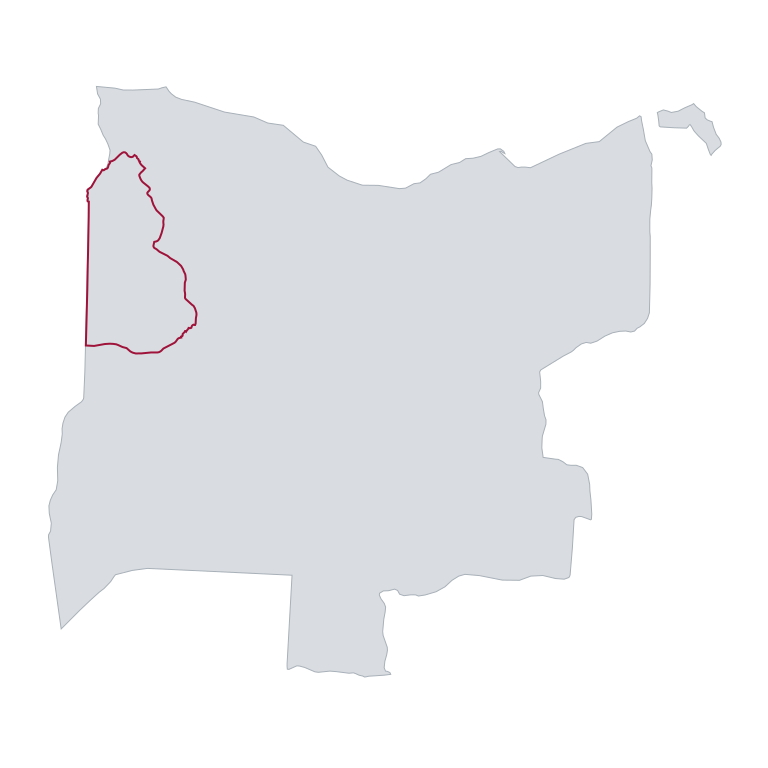 where Cunene sits in Angola, rotated 91°
{"feature_id": "AGO-1889", "entity_name": "Cunene", "entity_type": "Province", "adm_level": 1, "iso_a3": "AGO", "parent_name": "Angola", "parent_adm1": "", "projection": "orthographic", "projection_center": [15.075, -16.287], "detail": "fine", "context": "in_parent", "style": "outline", "palette": "rose", "viewbox_px": 768, "rotation_deg": 91, "n_neighbors": 0, "source": "natural_earth", "source_scale": "10m", "svg_char_len": 6387}
<svg xmlns="http://www.w3.org/2000/svg" viewBox="0 0 768 768"><g transform="rotate(91 384 384)"><path d="M674.2,372.2L675.1,378.6L675.9,387.6L676.4,394.0L677.1,396.9L677.3,398.4L676.4,400.0L675.6,403.8L674.1,407.2L673.3,409.5L673.8,413.9L672.4,426.7L672.0,433.1L673.4,444.5L673.0,448.0L668.8,458.3L667.5,463.5L667.3,466.2L671.0,474.1L670.8,475.7L667.6,476.0L665.1,476.0L576.8,472.6L572.8,606.1L572.5,617.4L574.8,632.6L579.4,649.2L581.4,650.7L586.4,653.9L593.4,660.4L597.2,665.2L605.1,673.6L615.6,684.3L634.5,702.5L568.2,713.0L542.9,716.8L540.6,716.7L536.9,714.8L528.9,714.2L519.3,716.4L511.7,716.9L506.1,715.6L500.7,713.3L495.5,709.9L486.3,708.5L473.1,709.1L460.5,708.2L448.3,705.8L439.6,704.8L434.3,705.1L428.7,704.3L422.7,702.4L417.7,699.2L411.8,692.5L407.1,686.2L405.9,685.3L404.4,684.3L403.0,684.0L376.7,683.3L216.6,682.2L198.0,683.4L196.6,683.1L194.3,682.4L192.7,681.0L187.5,677.5L182.9,674.8L176.6,670.4L172.6,665.4L169.2,663.9L163.1,663.0L158.6,662.2L154.9,662.0L148.5,664.4L143.7,666.8L140.2,669.1L134.2,671.7L129.2,674.3L120.3,674.1L118.4,674.5L113.5,674.4L108.8,672.2L104.1,672.5L99.0,675.4L91.5,676.7L92.9,658.1L94.6,649.9L94.5,640.1L93.0,614.7L91.7,611.2L90.7,607.1L95.3,603.9L97.7,601.5L100.8,597.3L103.0,591.3L105.5,578.3L114.9,548.2L119.3,518.8L125.1,504.8L127.1,489.2L143.5,468.9L147.5,456.5L156.0,450.4L168.2,443.8L176.8,432.3L180.9,424.3L185.6,409.1L185.5,393.2L188.4,372.0L187.8,365.9L183.2,357.5L182.3,351.5L178.0,345.6L173.5,341.2L171.3,333.2L163.4,320.7L161.2,312.3L157.3,306.3L156.7,298.9L154.7,291.0L150.8,283.3L147.0,274.5L146.9,271.7L149.3,268.3L151.5,267.2L150.7,268.9L149.3,270.9L149.6,272.5L164.3,256.8L165.3,253.7L164.7,250.3L164.7,246.2L165.2,241.3L151.1,212.8L139.9,186.4L137.9,173.0L123.1,155.5L117.3,144.1L113.9,136.1L111.4,133.1L112.3,131.6L116.1,131.1L124.6,129.2L136.1,127.0L146.8,122.2L149.6,120.2L155.3,119.7L161.1,120.9L163.2,120.0L164.4,119.9L178.0,119.8L183.6,119.4L194.0,119.5L200.6,119.8L204.4,120.3L214.5,121.1L227.2,120.9L231.7,120.4L248.3,120.1L279.4,119.7L295.6,119.8L308.1,119.9L313.7,121.6L318.9,124.8L321.2,127.7L322.3,129.0L323.9,132.0L326.7,134.4L327.7,138.2L326.8,143.2L327.2,149.3L328.8,156.4L332.2,163.9L337.4,171.8L339.6,178.0L338.9,182.6L340.5,187.4L344.3,192.6L347.1,195.3L348.7,197.4L353.0,205.3L367.1,227.4L369.2,228.6L372.3,228.2L378.8,227.4L385.4,227.3L390.0,229.3L391.8,229.0L398.9,225.3L405.8,224.3L413.1,222.9L416.9,221.4L421.3,221.4L433.2,224.7L435.4,224.9L445.0,225.1L454.6,223.6L456.2,211.0L456.3,208.5L458.6,203.8L461.6,199.7L462.0,195.8L461.9,190.4L464.1,183.9L470.6,178.8L481.0,176.6L487.0,176.3L496.3,175.1L510.5,174.0L515.7,174.3L516.2,175.0L513.1,184.0L513.0,186.9L514.0,190.0L516.4,191.6L544.6,192.8L571.7,194.6L573.2,195.1L574.3,195.9L576.0,200.4L575.5,209.1L572.7,221.8L573.5,233.8L577.9,245.1L578.0,262.3L573.9,285.2L572.9,299.8L574.8,306.0L579.1,312.6L585.7,319.5L590.8,328.3L594.2,339.1L595.4,345.9L594.3,348.6L594.3,353.4L595.3,360.3L593.9,364.7L590.2,366.8L588.9,369.8L590.6,375.8L590.9,381.1L593.3,384.8L595.1,385.0L598.8,383.3L603.4,379.9L607.0,378.5L612.0,378.9L619.1,380.1L631.5,381.0L635.4,380.5L647.1,376.2L650.2,375.9L654.7,376.6L661.2,378.3L667.7,378.9L671.0,377.5L671.3,375.6L672.4,373.1L674.2,372.2ZM149.7,60.9L148.9,61.7L143.5,63.9L137.8,65.9L130.3,74.1L126.4,77.7L125.3,78.6L121.9,80.6L119.4,82.3L119.5,83.2L121.1,84.2L122.9,85.9L122.7,99.2L122.1,112.3L121.1,113.4L116.3,113.9L110.0,114.9L107.9,115.5L107.2,114.3L105.1,109.5L106.2,104.9L107.5,101.5L106.1,94.6L102.8,88.5L99.3,80.8L98.2,79.3L101.1,76.8L105.5,71.2L107.3,68.3L112.3,67.6L114.2,65.6L115.5,62.4L116.0,60.6L121.7,59.0L128.6,56.2L132.4,53.2L136.2,51.3L138.7,51.1L140.3,51.9L144.7,57.0L148.4,60.2L149.7,60.9Z" fill="#d9dde1" stroke="#a8b0b8" stroke-width="1"/><path d="M196.3,684.1L195.2,683.9L194.5,683.3L192.4,680.4L191.8,679.9L187.4,677.5L182.9,675.0L178.7,671.6L174.7,669.4L175.2,668.0L174.7,667.2L174.1,666.6L173.4,664.6L172.7,664.0L171.7,663.6L170.6,663.4L169.8,663.2L168.1,662.0L167.3,661.7L166.4,662.0L165.8,659.6L164.5,657.2L159.3,652.1L157.3,649.6L156.8,648.2L156.9,647.0L157.5,646.0L158.4,645.1L159.5,644.5L160.5,643.6L161.2,642.4L161.6,640.8L161.4,639.7L161.2,639.1L160.8,638.8L160.4,638.4L159.4,637.4L160.2,636.3L160.5,635.7L160.8,635.4L161.1,635.2L161.7,635.1L162.1,635.0L162.5,634.8L163.4,633.6L163.7,633.4L164.2,633.2L164.6,633.2L164.9,633.1L165.2,632.9L165.8,631.9L166.0,632.0L166.2,632.3L166.4,632.3L166.7,632.2L168.2,631.2L169.4,630.2L172.5,626.6L175.5,629.2L176.6,630.5L178.9,632.3L180.0,632.3L182.8,631.2L184.6,630.2L185.9,629.2L186.9,628.1L190.6,623.3L191.9,621.9L193.2,621.5L194.4,621.8L195.3,622.6L196.1,623.4L196.8,623.9L197.5,624.0L198.4,623.7L199.3,622.9L200.9,620.9L201.7,620.1L202.4,619.7L204.6,619.2L208.8,617.7L213.7,614.9L214.6,614.2L220.2,608.2L220.8,607.7L221.7,607.1L223.8,607.3L224.9,607.5L227.1,607.4L228.2,607.2L230.4,607.4L236.9,609.0L242.1,610.8L244.2,612.2L244.8,612.9L245.4,614.1L245.9,616.2L250.0,617.0L251.0,616.7L252.0,616.0L253.2,613.8L255.7,610.8L259.6,602.7L261.9,599.9L265.7,593.1L269.5,588.9L273.0,586.8L274.3,586.4L277.6,584.7L279.0,584.4L282.9,584.0L283.5,584.1L285.1,584.6L286.2,584.9L294.2,585.0L296.2,584.6L297.7,584.4L301.3,584.5L302.4,583.9L308.1,577.4L309.2,575.8L311.5,574.4L315.8,572.9L317.5,572.7L319.0,572.8L321.3,573.2L326.8,573.4L327.3,573.6L327.9,573.7L328.3,573.9L328.3,574.3L328.2,574.9L328.0,575.5L328.3,576.1L328.8,576.7L329.5,577.2L331.1,577.6L331.4,578.1L331.6,579.4L331.3,580.0L331.3,580.3L331.8,580.4L333.0,581.3L333.5,581.7L334.7,582.6L335.1,582.8L334.9,583.0L334.7,583.3L334.5,583.5L334.5,583.8L335.0,584.0L335.4,584.2L337.2,585.9L337.6,586.2L338.1,586.2L339.1,586.2L339.5,586.4L339.9,587.5L340.3,587.9L340.5,587.9L340.9,587.7L341.1,587.6L341.7,589.9L342.0,590.4L342.6,591.1L345.2,592.9L346.4,594.1L352.4,605.2L354.6,607.2L355.3,608.1L356.1,609.5L356.4,611.0L356.5,617.2L357.6,626.7L357.8,632.7L357.1,635.6L356.5,637.0L355.7,638.4L352.6,642.0L351.6,646.1L349.6,650.7L349.0,652.4L348.6,655.6L348.5,658.9L348.9,663.8L351.0,674.5L350.7,682.8L342.8,682.7L330.8,682.6L318.8,682.5L306.8,682.4L294.8,682.3L282.7,682.3L270.7,682.3L270.2,682.3L258.7,682.2L246.7,682.2L234.7,682.2L222.7,682.2L210.7,682.3L207.5,682.3L206.9,682.3L206.9,682.5L206.5,683.5L205.4,683.7L203.3,683.3L203.0,683.5L202.3,683.9L201.8,684.1L201.2,684.1L200.5,683.8L199.5,683.7L198.6,683.4L198.1,683.4L197.6,683.5L196.9,684.0L196.3,684.1Z" fill="none" stroke="#9f1239" stroke-width="2"/></g></svg>